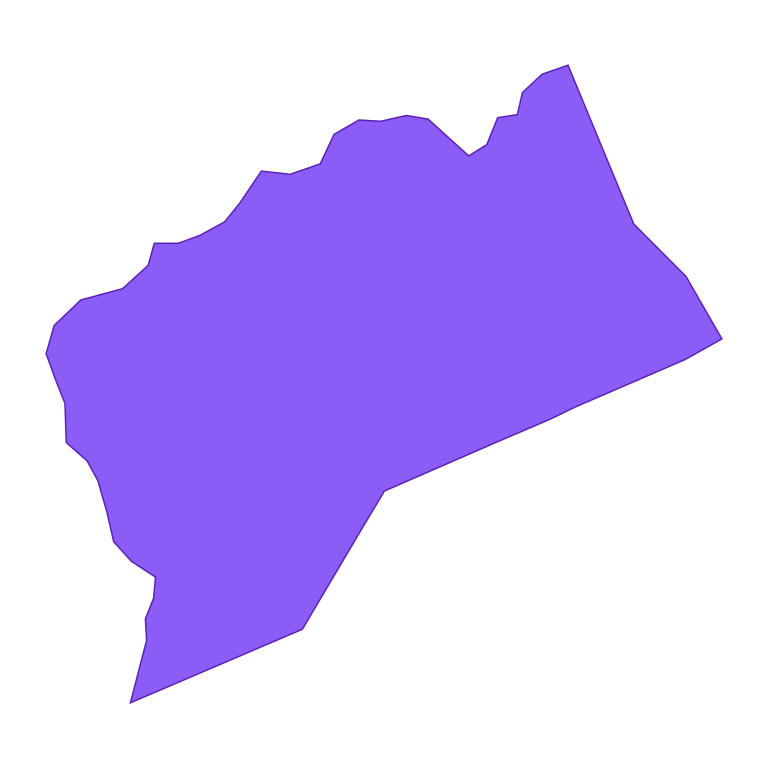 outline of Serra Redonda, Paraíba, Brazil
{"feature_id": "56859067B59218361658405", "entity_name": "Serra Redonda", "entity_type": "district", "adm_level": 2, "iso_a3": "BRA", "parent_name": "Brazil", "parent_adm1": "Paraíba", "projection": "natural_earth1", "projection_center": [-35.671, -7.175], "detail": "fine", "context": "isolated", "style": "filled", "palette": "violet", "viewbox_px": 768, "rotation_deg": 0, "n_neighbors": 0, "source": "geoboundaries", "source_scale": "gbopen_adm2", "svg_char_len": 721}
<svg xmlns="http://www.w3.org/2000/svg" viewBox="0 0 768 768"><path d="M261.4,171.1L239.8,203.0L224.7,221.8L200.0,235.3L178.3,243.3L154.3,243.3L148.2,265.3L122.6,288.7L80.9,299.9L54.2,325.5L46.1,353.7L55.4,379.3L65.0,403.5L66.2,442.5L87.1,460.9L97.9,480.7L106.8,511.6L113.7,541.7L131.5,561.4L155.5,577.1L153.6,598.2L145.4,618.9L146.6,640.4L130.4,702.8L149.3,694.7L302.4,629.2L361.6,529.1L384.4,491.0L495.7,442.5L551.0,418.8L575.0,407.1L685.2,359.5L721.9,338.9L686.0,276.5L633.8,224.1L568.0,65.2L542.1,74.2L522.4,92.6L517.4,114.6L497.7,117.7L486.8,144.6L468.7,155.9L428.1,119.1L406.4,115.5L380.5,121.3L358.9,120.0L334.1,134.3L320.2,163.9L290.0,174.3L261.4,171.1Z" fill="#8b5cf6" stroke="#5b21b6" stroke-width="1.5"/></svg>